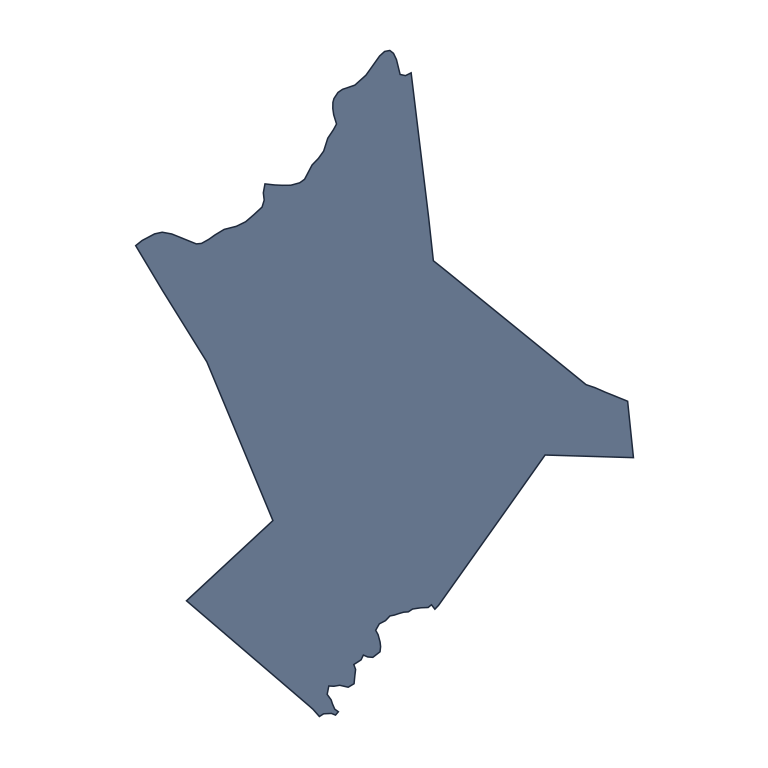 Sebastião Barros, Piauí, Brazil (Albers equal-area conic projection), rotated 181°
{"feature_id": "56859067B80759164390231", "entity_name": "Sebastião Barros", "entity_type": "district", "adm_level": 2, "iso_a3": "BRA", "parent_name": "Brazil", "parent_adm1": "Piauí", "projection": "albers", "projection_center": [-44.821, -10.664], "detail": "fine", "context": "isolated", "style": "filled", "palette": "slate", "viewbox_px": 768, "rotation_deg": 181, "n_neighbors": 0, "source": "geoboundaries", "source_scale": "gbopen_adm2", "svg_char_len": 1365}
<svg xmlns="http://www.w3.org/2000/svg" viewBox="0 0 768 768"><g transform="rotate(181 384 384)"><path d="M140.1,371.0L163.2,379.9L172.7,383.9L182.0,386.9L325.1,499.1L336.8,508.1L342.3,551.5L362.3,695.6L367.9,692.7L373.3,693.8L377.2,708.6L380.3,714.8L384.0,717.6L389.2,716.5L394.1,711.9L407.4,692.5L418.4,682.3L430.6,677.9L435.1,674.7L439.0,668.6L440.0,664.7L440.0,658.6L439.0,652.3L436.0,643.1L439.1,637.2L444.5,628.8L448.4,615.8L453.6,608.3L459.7,601.8L467.0,587.3L471.8,583.7L480.7,581.1L489.4,580.9L496.8,581.1L506.5,582.0L508.0,573.0L507.0,565.8L509.0,558.8L517.0,551.1L525.2,543.8L534.4,539.1L546.5,535.8L555.6,530.1L561.7,525.6L568.9,521.4L574.1,520.8L598.8,530.3L608.4,531.9L616.0,530.1L628.3,523.3L634.7,518.0L607.1,473.6L561.5,403.0L541.2,356.6L492.7,245.5L577.7,163.8L453.9,61.4L449.3,57.5L442.8,50.4L438.6,53.2L430.8,53.7L426.7,52.1L423.9,55.5L427.6,58.1L430.0,63.4L431.3,67.2L435.4,72.7L433.9,81.1L428.9,80.9L423.0,82.0L414.5,80.2L408.7,83.8L408.0,92.4L407.4,98.1L409.3,103.0L402.1,107.8L399.9,112.6L395.5,110.8L390.4,110.5L383.3,116.2L382.8,121.3L383.4,125.9L385.5,133.2L388.0,137.6L384.5,144.1L378.4,147.4L374.0,152.2L369.7,153.1L365.2,154.7L360.3,156.2L355.7,156.6L351.5,159.5L343.2,160.9L336.0,161.3L332.7,164.1L329.2,159.7L325.7,163.5L261.0,258.1L221.7,315.8L133.3,314.7L140.1,371.0Z" fill="#64748b" stroke="#1e293b" stroke-width="1.5"/></g></svg>